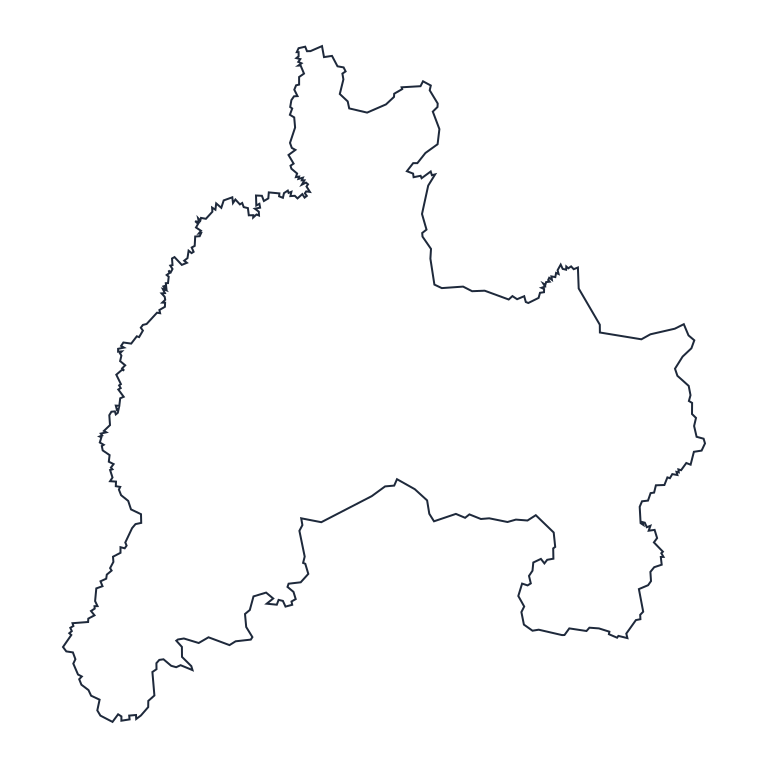 outline of Sawang Daen Din, Sakon Nakhon, Thailand
{"feature_id": "78962969B25029845772948", "entity_name": "Sawang Daen Din", "entity_type": "district", "adm_level": 2, "iso_a3": "THA", "parent_name": "Thailand", "parent_adm1": "Sakon Nakhon", "projection": "mercator", "projection_center": [103.39, 17.476], "detail": "fine", "context": "isolated", "style": "outline", "palette": "slate", "viewbox_px": 768, "rotation_deg": 0, "n_neighbors": 0, "source": "geoboundaries", "source_scale": "gbopen_adm2", "svg_char_len": 6060}
<svg xmlns="http://www.w3.org/2000/svg" viewBox="0 0 768 768"><path d="M170.3,265.6L172.5,269.0L170.7,272.4L168.6,270.5L169.5,273.0L166.7,275.0L168.7,276.7L168.0,283.1L165.8,283.2L166.3,287.8L164.6,286.0L163.4,286.4L166.2,290.2L162.8,289.0L164.9,293.1L161.6,293.4L164.7,296.8L165.2,299.8L162.3,302.6L165.1,302.7L164.9,306.8L159.4,310.0L160.1,313.2L157.0,312.7L146.6,324.0L142.9,324.9L140.8,327.7L142.9,330.6L139.1,337.1L136.8,336.3L131.2,343.6L123.4,342.5L121.1,345.9L124.0,347.6L118.1,348.8L118.1,351.7L121.8,351.4L119.9,353.2L121.4,355.6L120.1,361.1L125.2,365.3L122.1,368.4L124.1,370.5L122.0,369.8L116.3,374.7L120.9,384.1L119.1,385.4L120.7,388.1L118.3,389.5L123.7,396.8L120.2,398.3L119.3,405.8L115.8,405.6L116.9,409.8L118.8,408.2L117.8,412.8L115.8,414.4L114.9,411.4L111.4,411.7L109.3,415.2L110.0,425.1L103.9,430.9L106.3,432.3L100.8,433.6L102.2,435.5L99.6,436.5L101.4,437.3L99.8,442.5L103.7,444.8L101.8,446.0L102.7,450.4L109.6,455.1L108.8,461.7L113.6,464.1L110.9,467.6L112.4,469.3L110.1,470.0L112.5,477.5L110.1,481.2L116.0,481.6L115.8,486.2L120.2,486.9L118.9,489.6L121.1,495.2L128.2,500.9L131.0,509.4L141.0,514.2L141.2,522.9L135.5,524.1L132.1,528.1L125.3,542.5L126.6,545.6L124.7,548.3L120.5,547.2L120.5,552.8L113.0,556.7L113.4,561.9L110.1,568.1L111.6,570.6L106.8,574.6L106.2,578.7L100.5,581.3L102.5,586.2L96.3,588.4L95.1,601.1L97.5,606.1L94.5,606.2L94.7,608.6L91.0,611.0L94.5,615.3L88.3,618.6L88.1,622.0L72.5,623.2L73.4,626.0L70.3,627.8L71.8,631.1L69.3,633.2L71.3,635.0L63.0,647.0L66.3,651.4L72.9,652.4L75.4,659.2L73.3,663.6L78.0,674.5L81.8,676.5L79.2,679.2L81.4,684.7L88.5,690.1L91.1,695.7L99.6,699.7L97.3,710.4L100.4,715.6L112.5,721.9L118.1,714.3L121.4,716.4L121.4,720.7L129.6,719.4L129.2,715.6L136.0,715.0L136.2,719.0L140.9,715.5L148.2,707.1L148.3,700.9L154.4,695.5L152.4,672.0L156.5,669.2L156.4,663.2L159.3,659.9L163.5,659.3L171.2,665.8L176.2,667.2L180.6,665.2L192.5,670.1L191.3,666.1L182.0,656.9L181.9,646.9L176.3,640.7L177.9,639.5L183.9,638.5L198.7,643.0L208.5,637.3L229.5,645.1L235.6,641.3L250.8,639.6L252.4,637.1L246.2,627.0L245.0,614.0L249.8,610.0L253.5,596.4L266.1,592.6L273.2,598.5L266.7,603.7L276.8,604.7L278.6,599.9L282.9,600.9L285.5,606.6L292.2,604.8L291.5,601.5L295.7,599.1L293.5,591.9L287.5,586.9L288.6,583.7L300.7,582.3L308.3,573.9L305.3,563.8L303.1,562.9L304.7,556.6L299.4,530.8L302.4,525.1L301.2,518.3L321.3,522.2L371.8,496.1L385.1,486.4L394.2,485.6L397.0,479.2L414.8,489.2L427.1,500.4L429.3,513.8L434.0,521.3L455.9,513.9L465.1,517.8L469.4,514.4L480.9,519.0L489.2,518.3L507.5,522.0L515.9,519.6L527.5,520.5L535.8,515.2L553.7,532.5L555.2,546.9L553.2,548.4L553.4,558.7L547.2,559.8L544.4,563.4L540.9,558.9L533.3,562.5L532.5,570.7L529.0,575.9L530.8,583.4L527.6,585.4L522.1,583.6L518.3,596.0L524.2,606.5L521.4,612.1L523.9,624.6L532.5,630.7L538.7,629.7L562.1,635.1L564.5,635.0L569.3,628.4L586.5,631.0L589.4,627.7L598.9,628.4L609.4,631.7L608.9,634.2L617.1,637.7L618.4,635.9L627.4,638.1L626.3,633.6L635.9,620.1L640.4,619.2L640.2,614.8L643.2,611.7L638.9,589.1L648.1,585.2L651.0,581.1L650.4,571.9L654.2,567.2L661.7,564.7L660.8,557.0L663.5,556.9L661.3,553.2L662.9,551.7L653.9,542.4L657.1,538.1L654.6,529.9L648.7,530.7L650.4,525.8L646.8,527.2L644.8,522.7L642.5,522.1L643.3,524.9L640.6,523.1L639.7,506.8L642.0,501.3L648.0,500.6L650.6,493.1L654.1,492.6L655.9,485.3L664.4,485.0L667.4,477.4L669.9,478.2L672.3,474.1L677.4,475.0L676.5,471.9L678.8,472.4L678.4,469.4L681.1,470.2L686.3,463.0L690.6,464.7L693.9,451.8L701.6,450.6L705.0,443.4L703.6,438.7L696.6,436.8L694.1,426.0L696.0,417.9L692.0,414.0L692.1,402.9L688.9,401.0L690.5,395.2L688.7,385.9L677.4,375.8L675.0,368.7L682.6,356.6L691.4,348.3L694.3,340.3L688.5,335.4L683.8,324.2L674.8,328.7L650.4,334.3L641.4,339.3L599.9,332.5L599.8,324.7L578.7,288.5L577.9,267.5L573.7,269.2L571.1,266.4L568.3,268.3L566.3,266.5L566.1,269.7L562.7,268.9L560.7,264.6L557.6,270.2L558.6,274.0L556.1,272.9L555.3,277.1L551.4,276.4L551.9,279.8L549.2,277.8L548.2,280.0L549.6,281.7L546.1,282.1L545.4,284.7L543.2,283.5L545.1,286.6L541.5,287.8L544.1,289.0L544.0,292.2L540.0,292.8L538.6,297.9L528.3,303.0L525.8,302.0L524.2,296.2L517.1,299.2L512.4,296.1L508.7,299.5L484.7,290.7L472.1,291.2L463.1,286.6L441.8,288.1L434.4,284.6L430.4,258.7L431.0,248.9L422.5,236.6L422.2,233.0L426.5,229.6L422.0,214.0L428.2,185.6L435.1,174.4L431.9,175.2L430.7,171.5L421.6,178.2L420.6,175.8L413.6,177.2L413.1,173.6L406.9,171.2L413.2,163.1L417.4,163.1L425.4,153.0L437.6,144.2L439.4,129.1L432.8,111.6L437.5,107.0L437.7,103.5L429.7,90.3L430.8,85.5L423.0,81.3L420.5,86.2L401.6,87.3L402.2,89.1L394.2,93.7L394.0,96.9L386.0,104.4L367.1,112.6L349.2,108.4L347.7,101.4L339.8,94.0L343.4,79.4L342.4,73.6L345.6,71.4L343.6,67.4L337.5,66.3L332.0,55.9L324.0,57.1L322.0,46.1L310.5,51.1L307.0,51.2L305.2,46.7L298.6,48.2L296.8,52.1L298.6,52.1L298.6,56.3L296.4,58.1L300.3,59.1L298.3,61.9L301.5,63.3L298.3,65.6L300.6,65.5L304.0,73.6L299.1,77.0L299.1,84.6L296.1,85.3L294.3,89.7L297.5,96.1L294.0,96.3L291.4,100.1L290.2,107.0L292.2,108.5L289.9,114.8L294.2,117.4L295.1,127.5L290.0,142.9L291.8,147.9L295.4,149.9L288.5,155.0L293.6,163.6L290.5,165.7L291.4,168.7L297.1,173.5L295.9,177.1L299.1,176.6L298.4,178.9L302.9,177.7L301.8,180.3L304.4,180.3L301.8,184.7L306.0,182.6L308.0,184.3L306.5,186.5L309.9,191.9L306.2,191.4L304.9,193.3L306.8,195.9L304.6,197.6L302.3,194.1L297.5,198.4L294.8,195.8L290.4,196.1L291.4,191.8L288.6,192.9L287.8,190.6L284.0,193.1L282.9,197.8L279.1,196.3L279.4,193.4L268.8,192.4L268.3,198.4L263.9,201.0L261.9,195.8L256.0,195.5L256.3,205.5L259.4,203.8L260.1,207.7L254.9,208.7L258.8,211.7L259.0,215.5L256.5,214.5L253.2,217.5L253.3,215.2L248.8,215.3L247.9,208.1L243.7,207.1L242.2,203.0L239.9,204.4L235.4,199.5L233.0,203.0L232.3,197.3L223.7,200.4L221.3,207.8L216.2,203.4L215.4,209.7L212.1,207.6L212.4,211.7L205.9,218.8L201.0,217.9L200.3,220.6L198.1,218.2L198.9,222.1L195.2,221.2L198.1,223.8L196.0,227.5L201.0,230.8L198.8,233.5L201.1,233.1L199.7,236.2L195.2,236.5L194.7,245.9L191.7,247.5L193.6,251.8L191.6,253.1L188.6,250.7L187.5,258.1L184.2,260.7L186.9,262.8L181.8,264.9L174.5,257.1L172.0,258.5L172.5,265.1L170.3,265.6Z" fill="none" stroke="#1e293b" stroke-width="2"/></svg>